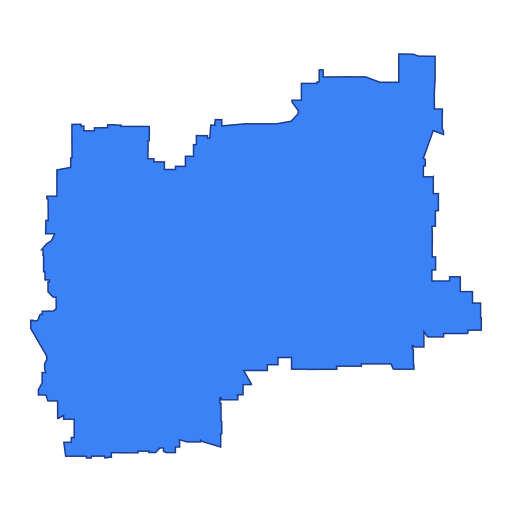 outline of Dumbleyung, Western Australia, Australia
{"feature_id": "25037944B51137520992535", "entity_name": "Dumbleyung", "entity_type": "district", "adm_level": 2, "iso_a3": "AUS", "parent_name": "Australia", "parent_adm1": "Western Australia", "projection": "natural_earth1", "projection_center": [117.914, -33.218], "detail": "fine", "context": "isolated", "style": "filled", "palette": "blue", "viewbox_px": 512, "rotation_deg": 0, "n_neighbors": 0, "source": "geoboundaries", "source_scale": "gbopen_adm2", "svg_char_len": 4523}
<svg xmlns="http://www.w3.org/2000/svg" viewBox="0 0 512 512"><path d="M71.9,124.4L71.9,132.1L72.0,157.8L70.7,157.8L70.7,165.2L70.7,165.4L70.7,167.4L62.4,168.9L56.9,170.0L56.9,177.1L56.9,183.3L56.9,195.3L56.9,196.2L53.4,196.2L46.8,196.2L46.8,198.7L48.1,199.3L48.2,214.7L48.2,216.0L48.2,220.4L45.9,220.4L45.6,233.8L54.6,233.8L53.6,236.2L52.6,238.5L51.0,241.1L50.9,241.1L46.5,243.9L41.6,249.8L43.0,249.8L43.0,255.4L43.6,255.4L43.6,257.8L43.6,271.8L45.0,271.8L45.0,279.9L49.4,279.9L49.4,281.9L48.0,281.9L48.0,291.8L53.2,297.2L56.1,297.2L56.1,297.4L56.2,308.8L52.8,311.2L50.3,311.2L48.9,310.9L48.0,311.1L47.9,311.2L47.2,311.2L42.3,311.2L42.3,314.1L42.3,314.4L41.9,314.3L41.6,314.3L41.3,314.3L41.1,314.3L40.8,314.4L40.5,314.5L40.3,314.6L40.1,314.8L39.9,315.0L39.7,315.3L39.6,315.5L39.5,315.8L38.2,319.4L38.1,319.6L38.0,319.8L37.8,320.0L37.7,320.2L37.5,320.4L37.2,320.5L36.8,320.7L36.3,320.8L36.0,320.9L35.7,320.9L35.2,320.9L34.0,320.8L33.7,320.7L33.4,320.7L33.2,320.6L33.1,320.3L30.7,320.3L30.8,325.0L30.8,327.3L30.7,327.7L30.7,328.4L35.7,337.1L39.0,342.8L45.3,353.6L45.7,354.4L46.8,356.1L46.8,360.1L45.9,361.1L44.7,363.6L44.5,365.8L44.9,369.7L45.6,372.6L42.1,372.6L42.1,380.9L42.3,380.9L42.3,382.6L38.4,389.7L38.4,395.0L45.9,395.0L47.9,400.9L49.7,400.9L57.6,401.0L57.7,419.0L57.8,418.7L59.3,417.9L63.6,415.4L63.6,419.2L74.2,419.2L74.2,437.5L71.3,437.5L71.3,442.3L63.8,442.3L65.1,452.0L65.7,456.2L75.0,456.2L79.5,456.2L79.8,456.2L86.4,456.2L86.4,458.0L89.8,458.0L91.3,458.0L91.3,456.2L98.0,456.1L104.7,456.1L104.7,457.8L107.4,457.8L107.4,457.3L111.4,457.2L111.3,452.7L114.0,452.7L115.3,452.7L123.1,452.8L125.0,452.8L138.1,452.8L137.9,451.2L143.5,451.2L148.9,451.2L148.9,452.5L155.9,452.5L155.7,452.4L159.8,448.0L160.0,448.0L163.5,448.0L163.5,451.3L166.0,452.6L175.4,452.6L175.4,447.0L177.3,447.0L179.6,447.0L179.6,439.7L186.9,441.9L195.0,441.9L200.6,441.9L200.6,440.2L203.2,441.8L206.9,442.9L220.7,447.0L220.7,433.6L221.8,433.6L221.8,426.8L221.7,426.8L221.7,421.4L221.1,421.2L221.0,407.6L221.0,403.3L219.9,403.3L219.9,397.7L221.2,397.7L221.2,399.8L227.6,399.8L237.8,399.8L237.8,396.1L237.4,396.1L237.4,394.8L240.2,394.8L243.0,394.8L243.1,387.5L243.1,384.6L251.2,384.6L251.5,384.3L243.7,370.5L252.3,370.5L255.8,370.5L264.4,370.5L267.3,370.5L267.3,364.7L270.6,364.7L278.0,364.7L278.0,357.5L291.5,357.5L291.6,369.2L306.5,369.2L306.6,369.4L322.8,369.3L336.8,369.3L336.8,367.7L336.4,367.0L336.5,366.2L349.1,366.2L361.3,366.2L361.3,363.9L370.2,363.9L382.2,363.9L391.1,363.9L393.0,368.6L393.6,369.2L402.7,369.2L413.9,369.2L413.9,365.2L413.4,364.1L413.3,349.3L412.3,348.2L412.3,345.6L413.3,345.6L413.3,347.0L423.9,347.0L423.9,331.6L425.7,334.2L427.5,336.8L427.9,336.9L443.6,336.9L443.6,333.5L451.5,333.5L467.5,333.5L467.8,332.5L467.9,331.5L467.9,330.2L481.3,330.2L481.3,317.9L480.6,317.9L480.6,303.1L472.5,303.1L472.5,302.9L472.5,291.6L467.2,291.6L460.3,291.6L460.3,276.8L449.6,276.8L449.6,278.9L449.6,281.0L442.3,281.0L431.9,281.0L431.9,270.0L435.4,270.0L435.6,270.0L435.6,269.9L435.6,267.2L435.6,256.9L434.2,256.9L434.2,257.0L432.2,257.0L432.2,244.3L432.3,244.4L432.3,244.2L432.3,232.2L432.2,231.4L432.2,230.9L432.0,226.2L435.4,226.2L435.4,211.1L435.4,210.8L437.6,210.8L437.6,210.5L438.4,210.5L438.4,193.6L433.3,193.6L433.3,177.1L433.3,176.7L433.2,176.8L423.4,176.8L423.4,175.3L423.4,174.9L423.4,174.7L423.4,166.0L425.3,166.0L425.3,159.6L425.3,159.3L423.3,158.5L428.8,143.0L433.2,130.6L443.5,134.5L443.5,131.3L442.2,128.7L442.2,119.9L442.4,109.0L434.4,109.0L434.3,93.6L435.1,78.6L435.1,56.3L418.3,56.1L413.3,54.2L398.8,54.0L398.8,82.3L389.3,82.3L379.9,82.3L365.6,76.9L349.5,76.9L349.3,76.8L323.2,77.0L323.2,69.9L319.2,69.9L319.2,82.0L317.0,82.0L317.0,83.4L314.6,83.4L301.4,83.4L301.4,90.1L301.4,100.2L292.0,100.2L292.0,102.0L298.2,110.6L298.3,110.8L298.3,113.5L291.2,121.2L283.3,122.6L276.9,123.8L266.3,123.8L256.5,123.8L245.5,123.8L225.1,125.6L221.8,125.9L221.8,119.7L215.2,119.7L214.7,125.2L214.8,125.3L210.8,125.0L209.8,138.1L207.5,138.1L207.5,135.7L201.5,135.7L196.3,135.6L196.4,139.0L196.4,144.6L193.5,144.6L193.5,156.3L185.4,156.3L185.4,166.4L184.1,166.4L175.5,166.3L175.5,169.5L164.4,169.5L164.4,161.9L164.2,161.9L154.0,161.9L154.0,158.8L148.0,158.8L147.9,154.0L148.1,149.9L148.0,141.9L148.0,140.8L149.2,140.8L149.3,134.1L149.3,130.8L149.3,128.1L149.3,126.5L141.0,126.4L135.4,126.4L125.7,126.4L121.0,126.4L121.0,125.1L115.7,125.1L115.5,124.8L107.6,124.8L107.6,127.7L101.8,127.7L101.8,127.8L94.4,127.8L94.4,130.8L83.8,130.8L83.8,126.0L80.9,126.0L80.9,124.3L71.9,124.4Z" fill="#3b82f6" stroke="#1e3a8a" stroke-width="1.5"/></svg>